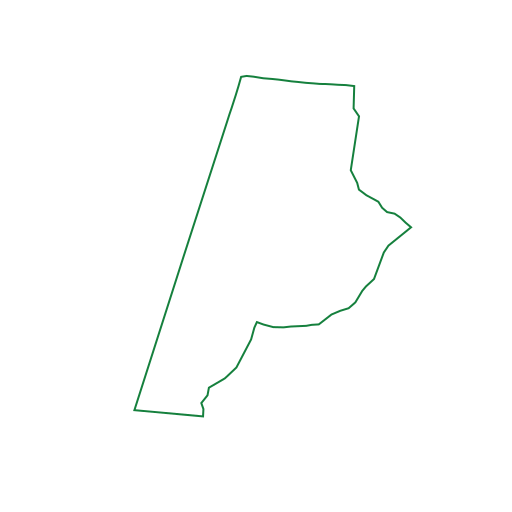 the district of Tibau, Rio Grande do Norte, Brazil, rotated 304°
{"feature_id": "56859067B59166838740608", "entity_name": "Tibau", "entity_type": "district", "adm_level": 2, "iso_a3": "BRA", "parent_name": "Brazil", "parent_adm1": "Rio Grande do Norte", "projection": "robinson", "projection_center": [-37.303, -4.888], "detail": "fine", "context": "isolated", "style": "outline", "palette": "green", "viewbox_px": 512, "rotation_deg": 304, "n_neighbors": 0, "source": "geoboundaries", "source_scale": "gbopen_adm2", "svg_char_len": 954}
<svg xmlns="http://www.w3.org/2000/svg" viewBox="0 0 512 512"><g transform="rotate(304 256 256)"><path d="M60.2,241.4L93.4,301.8L99.7,298.0L103.5,292.9L113.4,293.7L120.5,290.6L137.1,298.6L143.1,300.0L152.6,302.1L184.1,298.6L195.7,294.7L201.7,293.7L203.4,300.6L206.7,310.1L212.3,318.8L217.0,324.3L226.2,336.7L230.1,340.7L234.4,346.3L249.7,351.3L257.7,356.5L264.5,362.0L273.1,364.3L286.6,363.6L292.3,364.2L302.9,366.7L330.4,360.0L338.7,360.0L366.5,368.5L367.3,361.4L368.6,354.1L368.6,347.2L365.7,340.1L366.5,333.6L369.4,327.1L368.1,313.5L368.6,304.2L373.2,299.0L380.1,286.6L429.4,263.3L432.9,254.4L446.3,245.9L451.8,242.4L448.0,235.0L443.9,228.4L440.9,223.2L437.6,217.7L434.4,212.8L431.3,207.2L427.5,200.6L423.5,193.0L420.7,187.9L417.7,181.8L414.8,176.0L411.8,170.4L407.4,162.6L403.3,153.7L400.0,147.5L396.2,143.5L386.7,146.6L377.9,149.3L365.1,153.0L358.8,154.7L350.6,157.1L215.9,196.0L60.2,241.4Z" fill="none" stroke="#15803d" stroke-width="2"/></g></svg>